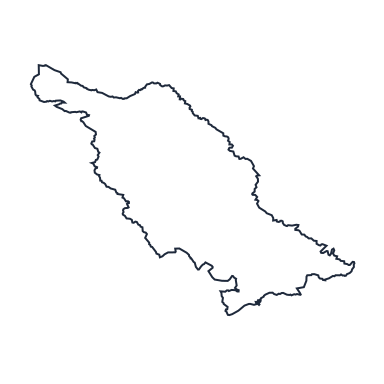 San Bartolo Tutotepec, Hidalgo, Mexico (Equal Earth projection), rotated 92°
{"feature_id": "50627088B89950958410687", "entity_name": "San Bartolo Tutotepec", "entity_type": "district", "adm_level": 2, "iso_a3": "MEX", "parent_name": "Mexico", "parent_adm1": "Hidalgo", "projection": "equal_earth", "projection_center": [-98.204, 20.469], "detail": "fine", "context": "isolated", "style": "outline", "palette": "slate", "viewbox_px": 384, "rotation_deg": 92, "n_neighbors": 0, "source": "geoboundaries", "source_scale": "gbopen_adm2", "svg_char_len": 5992}
<svg xmlns="http://www.w3.org/2000/svg" viewBox="0 0 384 384"><g transform="rotate(92 192 192)"><path d="M89.9,356.8L91.1,355.9L92.1,356.2L95.2,354.4L95.9,352.9L96.9,352.3L100.1,351.8L101.0,351.0L101.3,349.4L102.0,349.9L102.8,349.6L104.3,347.8L105.7,347.5L107.2,343.0L106.8,340.5L106.2,340.0L106.5,338.7L105.8,337.2L106.4,335.0L105.9,333.2L106.2,331.8L105.5,331.3L105.1,326.7L106.2,323.4L107.1,322.3L107.1,325.3L108.1,325.7L108.2,326.9L109.0,328.0L110.4,332.0L111.6,330.3L113.7,324.5L115.6,322.1L115.4,320.9L116.9,317.3L117.0,316.0L116.5,315.7L116.0,311.5L116.3,310.4L115.4,306.9L116.3,305.3L115.4,304.8L115.3,304.0L116.2,300.7L118.5,299.6L118.8,297.6L119.5,297.8L122.2,305.4L123.7,305.8L125.1,305.1L125.0,304.4L126.1,303.0L129.7,300.5L135.3,290.4L137.9,290.0L139.5,291.6L141.0,291.0L142.1,291.8L143.1,291.2L144.7,291.5L145.0,293.5L147.0,294.3L147.8,293.9L148.1,292.9L151.4,290.6L152.1,288.1L155.1,287.1L155.9,285.9L158.4,287.5L159.8,286.6L162.9,287.8L163.3,289.2L165.5,289.9L166.5,293.2L167.2,291.5L169.7,290.2L170.5,287.7L171.3,287.8L171.9,289.3L173.7,290.2L176.1,289.8L177.9,287.3L178.3,285.1L179.4,285.4L181.0,284.4L183.8,284.1L183.9,282.8L185.4,282.3L185.9,280.6L187.1,279.0L189.7,277.6L189.8,275.6L191.3,273.4L192.4,268.8L195.2,267.6L195.7,266.5L196.6,266.4L197.3,260.6L200.0,261.3L200.6,259.8L203.6,257.7L203.5,255.6L204.1,254.7L205.3,254.7L205.6,256.2L206.1,256.6L209.6,254.8L210.1,255.6L210.5,258.5L211.5,259.9L212.6,260.3L214.4,259.7L215.9,260.5L217.0,260.3L218.2,258.2L220.7,256.5L220.9,253.1L221.9,251.2L224.6,250.5L224.8,249.2L223.6,247.6L223.9,246.1L226.5,244.5L227.0,242.8L228.4,242.2L229.0,240.3L232.8,239.9L233.8,238.7L234.2,236.8L235.6,235.6L239.5,237.2L244.1,233.0L245.7,233.0L246.3,231.9L248.0,231.3L248.3,229.9L253.2,225.9L254.8,225.4L255.8,222.5L258.4,221.8L257.3,219.3L255.2,217.2L253.2,213.8L252.9,206.7L252.2,206.2L249.2,206.8L248.9,202.7L252.9,195.2L255.0,192.8L256.3,192.6L258.0,190.8L258.5,191.0L258.8,190.1L261.9,187.9L262.5,186.8L266.7,185.5L269.3,183.3L269.2,182.4L266.0,180.3L264.2,178.7L263.6,177.4L261.9,176.1L265.0,169.7L266.2,168.7L267.1,168.8L270.5,172.8L276.4,168.8L278.7,166.3L279.7,158.9L279.6,153.2L277.9,151.2L274.5,149.0L274.6,148.1L276.1,146.9L277.2,144.9L278.3,145.2L283.9,144.1L286.4,145.7L287.8,144.0L288.5,141.9L289.8,142.0L289.8,143.4L288.6,145.1L288.5,149.0L289.7,151.7L289.1,152.3L289.1,153.7L290.5,155.3L290.3,160.0L291.7,159.1L295.0,158.7L296.7,157.4L300.8,157.9L302.0,156.5L302.8,156.4L305.6,152.4L308.0,152.7L308.2,154.0L309.7,154.4L310.4,153.4L313.5,151.9L313.7,150.4L312.7,147.6L309.0,141.5L303.7,135.6L301.9,131.3L301.8,129.9L302.6,126.1L301.4,122.4L302.5,121.1L302.0,120.7L301.0,121.7L299.9,120.6L299.6,121.4L300.2,124.2L299.7,124.4L299.8,123.3L298.9,122.7L298.7,121.3L298.2,122.2L297.8,122.1L298.2,120.5L297.9,119.8L297.1,120.3L296.3,119.3L295.7,119.3L294.1,116.7L293.2,116.5L292.0,115.1L290.0,111.1L289.8,107.9L291.1,106.4L291.9,103.7L290.6,101.7L290.9,100.5L289.8,98.8L289.7,97.3L291.3,93.6L291.5,91.1L291.1,90.0L291.8,89.0L290.6,86.3L290.9,84.9L290.3,83.5L291.0,80.2L290.7,79.8L289.3,80.5L284.7,83.8L283.2,76.9L276.7,74.6L272.6,74.6L271.2,73.9L270.9,69.9L270.0,69.3L269.8,66.9L270.9,62.9L272.9,62.3L274.0,61.1L274.2,58.6L275.3,58.1L275.6,55.7L274.8,55.8L273.5,52.1L271.0,48.3L271.2,46.6L270.2,45.7L270.1,41.3L269.2,40.2L270.2,38.6L270.1,36.9L270.5,36.5L270.3,35.3L268.7,34.3L267.5,31.6L265.7,29.8L263.7,29.3L261.3,27.6L258.9,27.8L257.6,27.2L256.3,27.7L256.2,29.0L259.4,31.7L259.5,32.8L258.6,34.4L258.2,37.2L255.9,37.5L255.6,41.0L254.2,42.1L253.7,45.4L251.2,44.7L250.6,47.6L248.6,48.9L245.3,47.8L243.7,48.6L244.7,50.1L249.0,51.0L250.5,52.1L249.9,53.4L246.4,54.4L246.3,55.4L248.4,58.8L248.3,60.8L247.0,61.4L241.0,55.7L239.6,59.7L239.8,60.8L241.0,61.8L240.8,63.0L239.4,65.7L236.6,65.8L236.4,68.6L234.2,71.1L234.3,73.8L232.9,75.4L232.4,76.9L230.7,78.2L230.6,80.9L227.2,83.1L226.5,84.2L226.3,87.4L225.2,87.5L222.8,84.8L221.3,84.5L221.1,86.6L222.1,90.8L221.8,94.8L222.7,95.8L222.6,96.5L221.6,98.9L219.7,100.2L218.2,100.3L217.6,101.3L217.7,102.7L218.6,103.3L218.9,104.6L218.5,106.2L217.0,106.5L217.7,109.9L215.2,109.9L212.4,111.5L210.6,116.6L208.9,118.1L205.3,124.3L201.4,126.6L198.7,125.3L197.8,126.3L197.5,128.3L194.7,126.7L192.7,128.7L192.7,131.3L192.0,131.8L191.3,131.6L189.4,129.4L186.8,129.5L185.0,127.7L182.6,128.7L179.4,126.4L176.5,126.6L174.0,128.4L173.3,127.5L173.0,125.5L166.4,131.9L164.0,131.0L158.9,134.1L156.9,137.9L157.1,139.7L155.5,141.7L157.1,144.4L157.3,145.8L154.9,146.7L154.8,149.2L154.2,150.7L150.1,152.1L149.6,155.5L148.4,157.0L146.8,156.4L146.4,155.8L146.3,153.7L144.4,152.7L143.1,153.9L143.2,156.3L140.7,156.1L139.5,157.8L137.6,157.2L136.1,157.7L135.3,159.1L135.2,160.9L134.6,162.6L132.2,162.8L128.5,169.8L127.1,170.9L125.5,174.3L124.5,174.9L123.3,177.9L121.0,178.0L119.6,178.7L119.2,179.8L119.6,181.0L118.2,181.6L117.8,182.6L117.8,183.9L118.8,185.1L118.7,186.2L117.7,186.5L118.1,188.1L115.7,188.9L115.4,192.0L113.1,194.0L111.8,194.1L111.2,195.0L109.8,195.0L109.2,197.2L107.9,197.4L106.5,196.6L105.7,197.0L104.2,199.8L103.7,202.2L101.4,201.9L100.7,203.5L99.4,204.0L99.1,206.2L99.9,206.7L99.8,207.5L96.9,207.3L96.9,209.1L95.0,208.7L93.8,210.8L92.0,211.7L91.7,214.1L89.1,213.9L88.8,216.0L86.0,218.6L86.5,220.6L86.4,222.7L87.3,224.2L87.5,225.5L86.3,227.5L85.1,227.7L84.0,230.3L84.7,231.4L84.8,233.7L83.9,235.0L83.9,235.8L85.5,238.4L86.0,240.8L88.5,242.5L89.4,242.5L89.7,244.2L90.9,245.2L91.3,245.8L91.0,246.3L92.0,247.3L91.8,248.5L93.0,249.5L94.4,249.3L94.6,250.1L94.2,251.8L96.1,252.5L98.3,257.2L100.6,260.5L100.8,262.9L101.3,263.2L101.4,264.4L100.4,266.2L100.8,267.3L100.0,271.2L100.3,273.5L99.3,274.7L99.7,276.4L99.4,278.5L96.1,285.3L95.5,289.9L92.9,291.3L93.7,293.1L93.5,295.4L93.9,296.0L93.4,298.7L92.5,300.8L91.9,301.0L91.2,303.8L89.8,305.0L89.6,306.6L86.6,311.1L87.5,310.5L87.0,311.8L87.4,312.2L86.7,316.1L86.6,320.2L83.7,320.0L78.2,327.0L76.9,327.5L75.0,333.7L70.3,342.5L70.5,343.3L70.9,343.4L71.2,345.4L70.6,349.6L79.7,349.1L82.4,353.6L89.9,356.8Z" fill="none" stroke="#1e293b" stroke-width="2"/></g></svg>